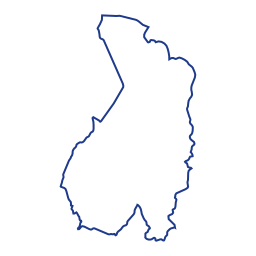 SVG path tracing the border of Haut-Ogooué
{"feature_id": "GAB-2627", "entity_name": "Haut-Ogooué", "entity_type": "Province", "adm_level": 1, "iso_a3": "GAB", "parent_name": "Gabon", "parent_adm1": "", "projection": "natural_earth1", "projection_center": [13.705, -1.23], "detail": "fine", "context": "isolated", "style": "outline", "palette": "blue", "viewbox_px": 256, "rotation_deg": 0, "n_neighbors": 0, "source": "natural_earth", "source_scale": "10m", "svg_char_len": 4231}
<svg xmlns="http://www.w3.org/2000/svg" viewBox="0 0 256 256"><path d="M148.5,27.1L145.1,32.5L144.2,34.7L144.2,37.2L147.7,42.0L148.2,42.4L148.7,42.3L149.7,41.9L150.0,41.5L150.2,40.9L150.5,40.3L151.1,40.0L153.8,40.4L154.6,40.7L155.2,41.3L155.7,42.2L158.5,41.4L161.6,41.9L164.4,43.5L166.4,45.7L167.7,48.8L168.6,52.3L169.2,56.0L169.3,59.3L170.6,58.5L171.9,58.0L173.2,58.0L174.6,58.6L175.8,59.0L177.0,58.5L178.2,57.9L179.5,57.6L181.7,58.3L184.6,59.8L187.2,61.7L188.8,64.3L191.9,66.8L192.8,67.9L194.6,72.2L195.3,74.9L194.8,77.7L191.7,85.5L191.3,87.7L191.3,89.9L191.8,92.1L192.1,94.8L191.3,96.7L189.9,98.4L188.7,100.6L188.3,102.7L187.9,106.5L187.1,108.4L187.1,109.6L189.3,116.6L190.1,118.5L190.4,119.5L190.3,120.3L189.9,121.8L189.9,122.6L190.4,123.7L190.8,124.0L192.1,125.5L192.7,126.7L192.8,127.5L192.7,130.2L192.4,132.2L192.1,133.1L191.7,134.0L191.1,134.7L190.5,135.3L190.0,135.9L189.8,136.9L190.2,138.6L191.3,139.9L194.0,142.0L194.5,143.9L193.9,144.9L192.9,145.6L192.0,146.6L191.8,147.4L191.6,149.5L190.7,152.1L191.7,153.3L192.5,154.9L192.6,156.2L190.1,156.7L189.6,157.5L189.3,158.5L188.7,159.4L188.0,160.1L187.3,160.5L185.7,161.1L185.0,161.8L185.5,162.5L187.0,163.4L188.0,167.0L189.3,167.5L190.9,167.8L191.5,168.4L189.7,169.7L188.7,170.8L188.2,172.8L188.0,179.8L187.5,182.1L187.5,182.8L188.1,186.7L187.5,187.9L185.5,189.2L185.3,189.3L176.4,193.3L175.9,194.0L175.5,194.6L175.3,195.4L175.3,196.4L174.9,197.3L175.0,197.8L175.4,198.3L176.0,198.8L176.4,199.5L176.3,200.4L175.8,202.2L175.4,206.8L175.0,208.1L174.5,208.7L173.2,209.3L172.7,209.7L172.7,210.5L173.1,212.1L173.1,212.8L172.1,214.1L169.5,215.2L168.4,216.1L168.7,219.1L174.5,224.8L175.0,227.6L174.7,227.4L171.1,228.4L170.3,228.8L169.6,229.3L168.1,230.8L167.5,231.5L167.2,232.4L167.2,234.8L166.7,235.5L165.9,236.2L165.3,237.0L164.8,238.6L164.4,239.7L164.0,240.4L163.3,240.5L162.5,240.1L161.4,239.3L160.6,239.3L160.1,239.4L156.6,240.6L156.0,240.6L155.5,240.1L155.3,238.5L154.6,237.9L153.8,237.9L153.1,238.3L151.8,239.2L150.2,239.6L148.3,239.5L146.5,238.8L145.3,237.5L145.4,237.1L145.4,233.7L146.0,232.9L147.6,232.0L148.7,229.3L149.6,228.7L149.9,228.1L148.9,226.4L148.1,225.8L147.3,225.3L146.7,224.7L146.4,222.2L145.9,221.3L144.5,219.7L143.6,218.1L141.8,214.0L141.1,210.3L140.5,208.4L139.5,206.7L138.5,205.6L137.7,204.9L137.4,204.8L137.3,205.3L135.7,208.0L134.8,209.8L134.6,210.8L134.5,212.5L134.2,213.4L133.6,214.4L127.8,221.0L127.3,221.9L127.1,223.8L126.7,224.5L126.0,225.2L124.1,225.8L123.2,226.4L122.5,227.1L121.3,228.8L120.7,229.5L118.2,231.5L117.4,232.4L117.0,233.2L116.8,234.0L116.5,234.7L115.7,235.3L115.3,235.1L114.6,234.0L114.1,233.9L113.1,234.3L112.7,234.3L111.0,234.0L109.5,234.4L108.2,234.2L94.8,228.5L94.1,228.3L93.2,228.4L91.7,229.4L90.9,229.6L89.3,229.1L84.3,226.6L82.4,226.2L81.4,226.5L80.1,228.1L79.2,229.1L78.1,229.2L77.9,228.7L78.3,227.8L79.2,227.0L79.5,226.4L79.8,225.6L80.0,224.9L80.1,224.1L80.3,223.2L80.7,222.5L81.3,221.7L81.1,220.7L80.8,220.6L80.3,220.6L79.8,219.9L79.6,219.2L79.2,216.8L78.4,215.8L77.0,213.1L76.4,212.4L74.5,213.5L73.4,213.5L73.1,211.9L73.0,211.0L72.7,210.4L71.7,209.3L71.5,208.7L71.7,208.1L72.0,207.4L72.1,207.0L72.4,206.4L72.5,205.9L71.0,205.5L70.9,205.0L71.0,204.5L71.0,204.1L70.8,202.0L70.4,201.5L69.3,200.1L68.8,199.5L68.1,197.6L66.4,191.2L65.5,189.0L64.3,188.0L61.0,186.8L60.7,186.5L60.8,185.9L61.9,182.6L62.4,180.2L63.5,177.5L63.5,176.6L63.2,174.9L63.4,174.0L69.0,160.5L70.4,158.5L70.8,157.7L71.0,156.9L71.7,155.9L72.2,154.9L72.5,153.9L72.7,151.3L72.9,150.5L73.6,149.3L74.3,148.4L75.0,147.8L75.7,147.1L76.2,146.1L76.6,144.6L77.4,143.8L79.7,142.4L80.3,142.3L80.7,142.4L81.3,142.5L81.9,142.4L82.7,142.2L83.4,141.6L84.2,140.9L84.8,140.0L85.9,138.4L86.5,137.6L87.3,137.1L88.6,136.5L89.1,135.9L90.4,133.3L91.1,132.5L92.0,131.9L92.7,131.6L93.3,130.5L93.6,128.8L93.6,125.1L93.4,121.8L92.6,118.5L92.6,117.9L93.3,117.2L98.9,120.4L100.2,121.7L100.8,121.4L101.2,121.0L113.7,103.5L123.2,87.2L123.3,85.7L122.8,83.6L103.7,40.2L103.0,39.5L102.2,39.1L101.5,38.9L100.8,38.5L100.1,37.9L99.7,36.8L99.6,35.8L99.4,33.9L98.7,30.3L98.3,29.6L97.8,29.0L97.6,28.4L98.1,27.4L99.9,24.3L101.9,19.9L102.1,15.4L116.4,16.0L119.4,15.8L120.6,16.0L135.9,19.8L137.4,20.5L139.1,21.7L142.8,24.8L148.5,27.1L148.5,27.1Z" fill="none" stroke="#1e3a8a" stroke-width="2"/></svg>